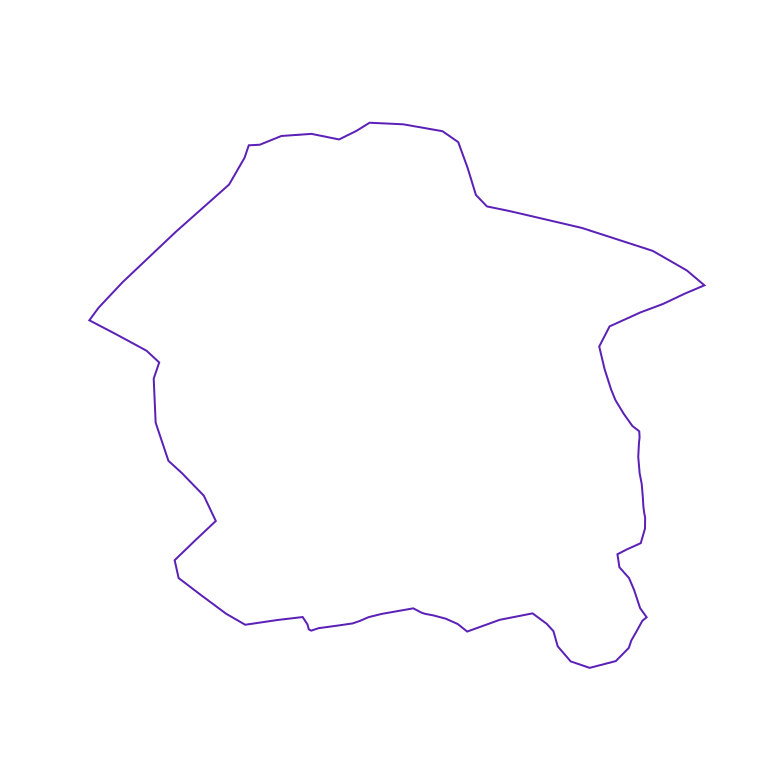 outline of Kigali City, rotated 279°
{"feature_id": "RWA-3495", "entity_name": "Kigali City", "entity_type": "Province", "adm_level": 1, "iso_a3": "RWA", "parent_name": "Rwanda", "parent_adm1": "", "projection": "natural_earth1", "projection_center": [30.091, -1.927], "detail": "fine", "context": "isolated", "style": "outline", "palette": "violet", "viewbox_px": 768, "rotation_deg": 279, "n_neighbors": 0, "source": "natural_earth", "source_scale": "10m", "svg_char_len": 1364}
<svg xmlns="http://www.w3.org/2000/svg" viewBox="0 0 768 768"><g transform="rotate(279 384 384)"><path d="M194.7,679.9L190.5,676.2L179.4,672.2L169.4,668.4L161.7,667.1L146.6,656.3L135.8,631.5L139.2,611.8L152.1,596.6L166.4,590.0L172.6,582.2L180.7,566.6L169.2,535.2L152.5,504.9L158.5,494.3L161.9,481.5L163.2,468.5L163.4,460.7L164.0,456.9L167.0,448.0L161.9,433.2L156.6,417.8L151.3,405.2L146.2,397.2L142.6,390.4L137.8,374.9L132.6,357.6L129.0,350.7L129.9,348.1L134.6,346.0L141.1,340.1L134.2,315.6L124.5,284.6L132.4,264.0L146.9,236.2L160.2,211.5L177.2,204.8L200.7,222.5L222.4,239.3L245.5,223.5L264.6,198.0L274.4,183.1L310.1,164.5L353.3,155.7L370.1,158.6L379.7,144.3L391.9,109.6L400.8,83.0L414.6,90.1L443.7,109.9L501.8,154.6L556.8,199.8L585.7,210.9L598.6,213.1L600.9,223.9L612.9,243.8L619.7,273.2L618.5,301.3L629.4,316.8L639.8,328.9L643.5,362.3L642.8,402.3L634.5,419.5L610.5,432.8L585.1,445.2L575.5,457.9L574.4,481.5L569.1,555.0L557.5,628.6L543.5,665.4L531.6,685.0L520.1,666.6L506.8,647.2L494.8,626.0L476.2,597.8L454.7,590.7L433.3,599.5L414.4,609.0L404.3,615.1L392.0,625.5L381.4,635.9L377.2,643.5L371.2,644.8L366.1,645.0L351.9,646.5L336.0,650.4L325.8,654.1L314.2,657.0L303.8,659.3L297.9,661.0L292.9,662.8L282.1,664.4L267.0,662.5L258.8,650.0L252.4,641.2L239.8,645.2L230.6,656.4L219.6,663.3L202.7,672.0L194.7,679.9Z" fill="none" stroke="#5b21b6" stroke-width="2"/></g></svg>